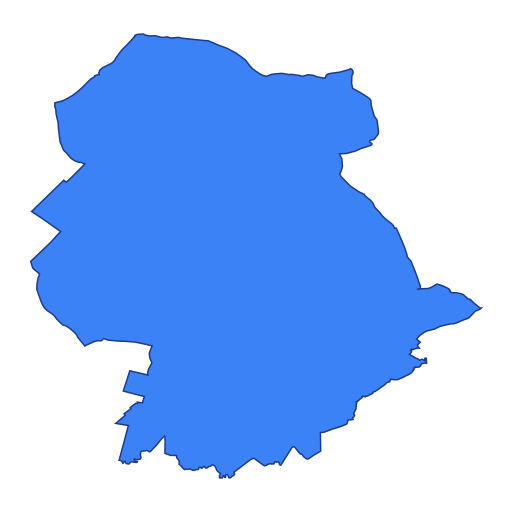 Marghita, Bihor, Romania
{"feature_id": "2599482B95989289587236", "entity_name": "Marghita", "entity_type": "district", "adm_level": 2, "iso_a3": "ROU", "parent_name": "Romania", "parent_adm1": "Bihor", "projection": "natural_earth1", "projection_center": [22.362, 47.382], "detail": "fine", "context": "isolated", "style": "filled", "palette": "blue", "viewbox_px": 512, "rotation_deg": 0, "n_neighbors": 0, "source": "geoboundaries", "source_scale": "gbopen_adm2", "svg_char_len": 5999}
<svg xmlns="http://www.w3.org/2000/svg" viewBox="0 0 512 512"><path d="M264.8,465.8L267.0,465.1L267.2,464.6L267.7,464.3L268.7,464.2L270.1,463.6L270.8,463.6L271.5,464.1L272.6,463.9L273.6,464.0L274.3,463.0L274.2,462.4L274.6,461.8L275.5,461.8L276.4,462.2L276.9,461.9L278.3,461.9L279.3,463.3L279.5,464.6L280.5,465.2L281.0,464.9L292.0,447.5L292.8,446.9L293.8,446.8L294.5,447.1L295.7,448.3L297.7,451.0L300.4,454.0L301.9,454.2L303.8,456.9L306.4,458.8L307.2,459.0L308.2,459.0L313.4,455.4L320.7,451.0L320.4,432.4L322.4,432.4L324.5,432.1L331.6,429.3L340.6,426.6L345.3,424.7L346.9,423.9L347.8,420.7L348.6,420.0L353.1,419.5L353.1,419.2L352.4,418.7L352.5,417.9L352.7,417.6L353.4,417.1L354.2,416.4L354.2,415.7L354.6,415.2L354.5,414.8L354.0,414.3L353.8,413.8L354.0,413.2L355.0,410.7L356.0,409.2L355.9,407.6L356.4,406.4L356.2,405.5L356.4,403.8L356.8,402.7L356.1,401.9L357.6,401.2L358.0,400.6L358.3,400.8L359.8,399.3L361.8,397.8L362.3,397.1L361.9,396.8L362.0,396.6L362.6,396.5L362.8,396.2L363.7,396.2L365.1,396.9L365.2,396.7L365.0,396.3L366.9,396.2L372.9,393.2L372.9,392.3L373.3,391.9L375.0,391.6L385.2,384.4L386.4,382.8L389.7,381.7L389.6,381.1L390.4,380.2L390.5,379.2L394.4,379.7L397.3,379.7L402.9,377.4L405.0,376.2L408.4,374.7L410.6,373.4L411.8,372.4L414.0,369.4L413.5,368.3L414.6,368.1L414.7,367.2L416.4,367.3L419.1,367.0L420.2,366.3L421.6,364.0L423.0,363.4L424.5,363.1L426.0,363.3L426.6,363.2L426.3,358.2L425.2,358.1L424.8,358.5L424.9,360.4L424.7,360.8L422.6,359.4L421.7,359.2L419.8,360.3L418.3,359.2L415.8,358.1L409.4,354.4L410.9,352.9L411.6,351.4L411.6,350.9L411.2,350.5L410.5,350.1L411.8,349.1L412.7,349.6L416.6,348.3L417.9,348.1L419.3,348.2L417.4,345.6L417.9,344.5L420.3,342.2L416.5,339.1L419.7,335.5L424.4,332.2L426.3,331.2L434.9,328.9L439.5,326.6L441.7,325.9L451.0,323.8L453.5,323.8L456.2,323.1L464.0,319.7L467.2,318.7L469.2,317.6L475.3,311.2L480.1,309.1L481.3,307.9L480.0,308.0L473.6,302.8L470.4,299.4L468.2,299.1L463.4,294.7L461.3,293.8L455.9,292.7L452.6,292.7L451.1,292.4L450.0,291.6L450.3,291.3L449.5,289.6L448.4,288.6L443.3,286.1L439.1,284.6L436.8,284.1L431.1,287.5L428.0,288.5L420.3,288.8L418.4,289.5L418.0,289.2L419.1,289.0L420.0,288.3L420.3,287.4L420.4,285.8L419.4,283.8L417.3,277.3L414.1,268.8L411.0,261.2L407.0,256.6L407.1,255.2L404.5,247.2L400.5,237.7L396.3,228.1L394.2,228.0L393.6,225.8L391.7,223.8L386.8,220.0L384.4,217.9L382.3,215.8L379.9,212.6L376.1,208.8L375.0,207.5L374.3,206.5L373.9,205.3L372.9,203.1L371.8,201.6L370.1,199.8L368.4,198.7L365.1,195.8L364.4,194.9L364.1,194.2L363.6,194.3L362.4,193.4L359.1,192.0L350.3,186.0L341.3,176.9L339.7,174.0L341.2,170.9L342.4,166.5L341.9,158.8L339.4,154.1L340.5,153.8L346.3,153.5L355.3,151.1L360.5,148.7L370.8,145.3L371.9,144.5L372.0,143.7L369.6,141.9L369.6,141.1L370.1,140.5L371.5,139.9L374.0,139.5L377.0,135.7L378.4,133.8L378.4,130.7L377.0,120.1L374.2,116.0L371.2,105.5L370.9,100.8L369.8,98.9L367.1,96.9L360.2,92.5L352.7,88.5L351.6,83.3L351.9,75.7L353.0,73.6L353.1,71.9L352.6,70.3L350.6,68.5L349.2,69.5L340.0,72.1L331.1,73.3L328.5,73.9L327.2,74.4L326.2,75.3L325.3,77.9L323.6,78.0L317.3,76.9L313.1,75.3L308.7,74.8L307.7,74.8L303.1,76.2L301.3,76.1L299.0,75.3L295.9,75.0L291.8,74.4L288.6,74.5L282.8,73.5L280.8,73.4L274.9,73.9L272.7,74.3L272.2,74.2L266.5,76.3L263.1,75.4L259.6,73.8L255.7,71.1L252.6,68.8L249.3,65.2L245.5,60.0L236.2,53.2L227.5,48.5L216.8,44.5L208.1,40.7L204.0,40.5L181.9,38.2L178.4,37.4L171.0,38.0L167.0,36.9L163.1,37.4L160.1,37.1L155.4,35.7L149.8,36.0L145.7,35.2L143.3,34.0L137.8,34.3L135.0,35.3L135.3,35.8L128.1,43.7L121.7,50.1L116.1,57.6L114.6,60.4L111.5,63.4L102.9,67.5L100.0,69.9L98.8,72.6L99.4,74.6L98.3,74.5L94.5,75.9L94.4,76.9L90.6,79.1L81.8,87.9L77.5,91.7L72.6,95.4L67.5,98.5L62.1,101.0L54.9,102.8L54.7,106.2L55.6,108.9L55.9,110.5L56.1,114.0L58.1,122.6L58.5,129.1L60.1,141.9L63.7,150.3L66.0,152.5L71.0,158.3L74.9,160.9L78.7,162.2L81.6,162.6L84.8,164.0L69.6,179.3L66.3,182.2L63.8,180.2L31.6,211.5L43.5,219.4L60.6,231.5L49.9,243.1L30.7,261.4L32.7,267.9L34.3,269.6L39.6,274.0L38.8,276.6L38.2,277.4L37.0,284.0L36.8,289.3L40.9,301.1L42.6,304.9L44.3,307.7L47.2,310.6L51.4,313.4L54.3,315.7L56.7,319.1L62.6,324.8L66.2,326.0L70.0,328.5L74.4,332.3L76.6,334.9L77.8,337.3L84.9,346.1L85.7,345.4L94.8,341.3L97.7,340.7L101.1,340.9L103.8,338.6L108.3,340.1L118.5,341.1L125.6,341.3L135.0,342.1L145.8,344.3L152.1,345.9L149.6,352.1L149.3,354.3L150.0,358.5L151.8,362.7L151.7,363.3L148.7,368.8L147.7,372.2L148.0,375.0L129.8,370.8L123.3,391.1L144.3,396.5L142.4,402.9L137.3,402.1L137.5,403.4L135.3,403.6L130.2,407.6L130.9,408.7L124.1,413.8L125.2,415.4L115.7,423.4L128.4,425.5L119.1,460.3L121.0,460.6L121.5,461.0L122.6,462.5L122.7,463.1L123.0,463.3L123.5,462.7L124.1,461.3L125.1,461.3L125.6,462.7L126.4,463.6L127.9,463.9L129.1,463.9L130.8,461.9L132.0,461.8L134.4,462.2L136.3,462.4L137.1,462.2L137.4,461.8L137.4,461.5L135.8,461.2L135.0,460.8L134.3,460.1L134.1,459.4L134.5,458.9L136.8,459.6L139.2,459.4L140.3,459.0L141.0,457.4L140.3,454.3L140.8,452.0L142.1,451.0L144.6,450.9L146.7,450.4L147.8,450.8L149.3,451.8L150.2,451.7L156.4,445.3L161.8,438.6L164.5,436.0L165.0,437.8L165.1,442.8L164.9,453.4L170.9,455.5L172.5,455.3L174.0,455.5L175.7,455.4L176.6,455.8L176.6,457.5L176.8,457.9L177.6,458.6L179.3,461.3L179.1,464.1L180.9,465.9L181.8,466.3L181.9,467.2L184.0,469.2L184.6,469.5L185.4,469.5L186.3,468.9L187.9,469.3L189.1,469.0L190.4,469.1L192.6,470.2L193.6,470.4L194.6,470.3L195.6,469.8L198.5,469.4L199.0,467.5L200.1,467.0L201.4,468.2L202.1,468.1L203.3,466.7L204.5,466.6L205.3,467.9L206.9,468.0L208.5,466.7L210.1,466.3L212.1,465.0L213.0,465.0L214.0,465.3L214.8,466.0L215.9,467.9L216.6,469.8L217.4,471.0L219.7,473.2L220.7,473.7L219.5,475.5L219.4,477.0L219.5,477.7L219.9,478.0L222.1,478.0L222.7,477.3L223.0,475.9L223.4,475.8L223.9,475.8L224.7,477.3L225.4,477.3L225.7,476.5L225.7,475.2L226.2,474.7L227.2,474.6L228.2,475.8L229.0,477.8L229.6,477.9L230.7,477.6L232.0,476.3L233.8,475.3L234.4,474.7L234.6,473.9L234.0,472.5L234.0,472.0L234.2,471.8L234.8,471.6L250.1,459.9L253.7,458.1L263.7,465.4L264.8,465.8Z" fill="#3b82f6" stroke="#1e3a8a" stroke-width="1.5"/></svg>